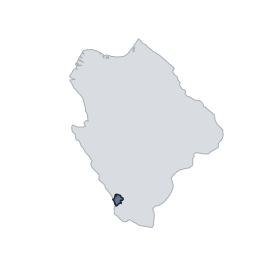 Gwoza, Borno, Nigeria (highlighted), rotated 128°
{"feature_id": "59680162B2846194934808", "entity_name": "Gwoza", "entity_type": "district", "adm_level": 2, "iso_a3": "NGA", "parent_name": "Nigeria", "parent_adm1": "Borno", "projection": "equal_earth", "projection_center": [13.592, 11.15], "detail": "fine", "context": "in_parent", "style": "filled", "palette": "slate", "viewbox_px": 256, "rotation_deg": 128, "n_neighbors": 0, "source": "geoboundaries", "source_scale": "gbopen_adm2", "svg_char_len": 4608}
<svg xmlns="http://www.w3.org/2000/svg" viewBox="0 0 256 256"><g transform="rotate(128 128 128)"><path d="M191.7,47.9L197.6,58.7L198.8,66.7L199.3,70.6L200.3,71.1L202.1,71.3L203.4,72.1L204.2,73.4L204.7,74.6L204.8,75.4L204.4,80.2L204.0,81.9L204.2,84.3L204.1,85.3L203.9,86.0L203.1,86.8L202.0,87.5L199.4,89.8L198.6,90.2L197.5,90.2L196.5,90.8L195.4,92.0L192.9,96.6L190.8,101.3L189.3,108.8L187.4,111.1L187.1,113.2L186.8,117.9L186.5,119.3L186.2,119.7L184.2,120.6L183.0,121.6L182.3,123.8L181.5,131.0L181.1,132.2L180.5,133.4L179.5,134.8L178.6,135.5L176.3,136.0L174.1,141.4L174.0,142.4L173.1,147.3L171.4,151.0L171.3,153.4L169.2,156.7L168.1,158.9L169.2,161.3L169.3,161.6L165.6,165.6L165.4,166.2L165.3,168.9L165.0,169.6L164.3,170.6L163.3,171.7L162.3,172.6L161.2,173.2L160.1,173.4L159.5,173.1L159.2,172.2L158.6,168.9L158.3,168.2L157.6,167.5L154.8,163.9L153.1,162.6L152.7,162.7L152.5,163.0L152.0,164.9L151.5,165.5L150.6,165.8L149.1,165.8L147.9,165.5L147.7,165.2L147.1,163.7L143.7,167.1L142.4,167.8L140.9,171.8L138.7,173.7L137.2,175.5L133.1,180.9L132.3,182.4L131.5,184.8L129.7,195.0L126.9,201.3L126.6,202.6L126.4,202.6L126.0,203.2L125.0,202.8L124.5,201.6L123.8,201.4L122.7,199.7L122.4,200.0L123.6,204.4L123.2,206.1L119.7,206.1L116.8,206.7L114.8,206.6L113.8,206.0L113.3,204.4L113.2,204.5L113.0,205.4L112.4,206.1L110.1,206.2L109.1,205.1L108.3,203.9L107.5,203.3L107.6,203.8L108.6,205.1L108.5,206.8L106.6,208.9L105.5,209.0L104.8,208.1L104.4,206.7L104.2,204.6L103.7,203.2L103.8,205.5L103.8,207.6L104.7,209.3L103.3,209.8L101.7,209.9L101.5,209.2L101.3,207.9L101.0,207.5L100.7,209.8L97.4,210.5L97.0,210.4L96.9,210.0L97.1,209.3L97.1,208.3L96.3,209.1L96.2,210.7L95.8,210.9L94.5,210.7L93.2,209.9L91.0,207.8L88.2,204.5L87.8,203.0L87.0,201.2L85.6,196.1L85.9,195.9L86.5,196.2L86.8,195.7L85.7,195.4L85.5,195.0L85.4,193.9L85.5,192.5L87.2,191.8L87.6,191.0L87.8,190.1L85.7,191.4L83.7,190.0L83.3,189.1L83.5,188.5L85.8,188.4L86.6,187.8L86.1,187.5L85.3,187.6L84.9,187.1L85.0,186.1L84.7,186.3L84.3,187.2L83.0,187.9L82.2,187.2L82.1,185.7L82.0,185.1L81.3,184.5L79.0,180.6L76.1,177.2L73.5,175.0L69.6,173.9L61.3,173.9L60.9,173.6L61.4,173.1L62.1,172.7L64.8,170.9L64.3,170.6L61.5,171.8L60.6,171.9L59.4,174.1L51.3,174.6L51.3,173.6L51.7,170.7L52.2,168.7L51.6,166.2L51.5,164.0L51.9,163.3L52.0,162.5L52.0,156.8L52.4,156.0L52.4,155.4L51.6,153.0L51.6,151.1L51.5,149.3L51.2,148.5L51.6,141.6L51.5,139.9L51.8,138.7L52.0,135.7L52.0,132.8L52.6,128.2L56.0,127.6L56.9,125.8L57.4,123.5L57.3,121.2L58.4,119.2L59.8,117.5L59.8,115.5L60.1,115.0L60.8,114.5L61.7,114.3L62.8,113.3L63.4,111.6L63.9,109.0L63.1,107.1L63.1,106.7L63.4,105.7L64.0,104.7L64.4,104.3L65.4,104.6L65.8,104.2L66.5,101.2L66.4,100.4L65.5,98.4L65.0,93.1L64.8,92.4L64.1,91.4L62.2,87.6L62.2,85.9L63.1,83.6L63.6,82.5L64.4,81.8L64.5,81.3L64.3,80.7L63.9,80.2L63.9,79.2L64.3,77.7L64.2,76.2L64.5,68.1L66.0,66.5L68.4,63.9L69.6,61.2L70.2,59.1L71.1,52.2L72.3,51.4L74.6,48.9L77.7,47.4L79.8,47.0L83.3,47.3L85.1,47.0L86.6,45.7L87.3,45.3L88.3,45.1L97.1,48.6L97.9,48.5L98.6,48.7L99.7,49.7L102.2,53.0L104.9,58.2L105.7,59.3L106.6,59.9L107.4,60.1L108.1,60.0L108.7,59.5L109.6,58.5L110.9,58.1L112.0,58.2L117.5,54.2L118.0,54.2L121.4,55.0L126.0,59.0L129.7,61.6L132.4,62.5L135.5,63.1L140.8,63.3L144.8,57.7L146.3,56.5L148.1,55.4L151.8,54.4L158.0,53.7L163.7,54.0L167.3,54.9L171.1,56.7L172.7,58.5L175.3,58.8L177.1,58.4L177.7,56.7L179.6,54.4L182.4,52.3L184.6,50.9L186.5,50.2L188.1,48.5L189.4,48.0L191.7,47.9ZM110.3,208.5L109.1,209.0L108.3,208.9L109.4,206.6L110.0,207.1L110.7,207.3L110.3,208.5Z" fill="#d9dde1" stroke="#a8b0b8" stroke-width="1"/><path d="M188.2,96.8L188.3,96.8L188.3,96.5L188.3,96.4L188.2,96.4L188.3,96.3L188.3,96.0L188.4,95.9L188.4,95.7L188.5,95.6L188.7,95.8L188.7,96.0L188.8,96.3L188.9,96.2L188.9,96.3L189.0,96.3L188.8,96.5L189.0,96.6L189.5,96.4L189.9,96.1L190.1,96.1L190.3,96.0L190.5,96.0L190.5,95.9L190.8,95.8L190.9,95.7L191.0,95.7L191.3,95.4L191.5,95.3L191.8,95.3L192.0,95.4L192.3,95.4L192.5,95.4L192.8,95.5L193.0,95.7L193.6,95.9L193.8,95.6L193.9,95.3L193.9,95.2L193.9,94.9L194.0,94.6L194.1,94.4L194.2,94.2L194.3,93.8L194.4,93.6L194.5,93.3L194.6,93.2L194.8,93.0L194.9,92.8L194.9,92.5L195.0,92.4L195.2,92.2L195.3,92.1L195.2,92.1L195.2,91.9L195.4,91.8L195.5,91.6L195.7,91.3L196.1,90.7L196.3,90.4L196.3,90.2L196.5,90.0L196.6,89.9L196.7,89.7L196.8,89.6L196.6,89.3L195.8,88.8L195.0,88.8L193.8,88.7L191.6,87.8L191.6,87.1L190.9,87.3L190.5,88.0L190.5,88.8L190.4,89.0L189.9,89.1L189.1,88.9L188.5,88.0L188.4,87.9L187.2,87.9L186.8,88.3L186.4,88.9L186.7,91.5L185.8,92.3L186.1,93.2L186.8,95.4L187.7,95.9L188.0,95.9L188.1,96.1L188.0,96.3L188.1,96.5L188.2,96.8Z" fill="#64748b" stroke="#1e293b" stroke-width="1.5"/></g></svg>